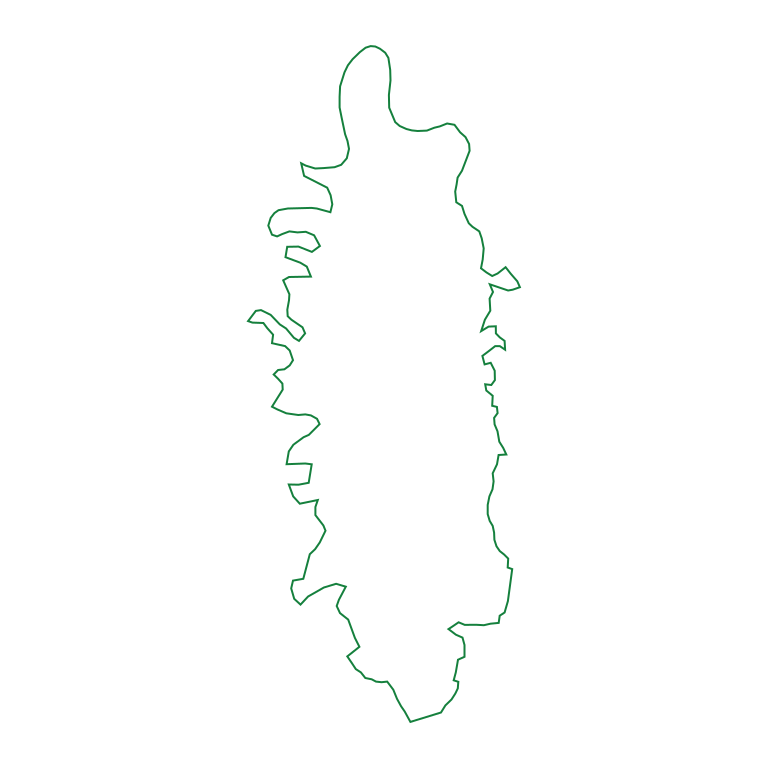 Realeza, Paraná, Brazil (Equal Earth projection)
{"feature_id": "56859067B32532391106562", "entity_name": "Realeza", "entity_type": "district", "adm_level": 2, "iso_a3": "BRA", "parent_name": "Brazil", "parent_adm1": "Paraná", "projection": "equal_earth", "projection_center": [-53.548, -25.669], "detail": "fine", "context": "isolated", "style": "outline", "palette": "green", "viewbox_px": 768, "rotation_deg": 0, "n_neighbors": 0, "source": "geoboundaries", "source_scale": "gbopen_adm2", "svg_char_len": 3220}
<svg xmlns="http://www.w3.org/2000/svg" viewBox="0 0 768 768"><path d="M458.3,681.8L453.7,680.3L455.8,672.4L458.0,659.7L464.5,656.8L464.5,645.0L462.5,637.6L455.9,634.7L448.5,629.1L452.9,626.2L458.6,622.3L464.8,624.9L471.2,624.8L476.6,624.8L483.9,625.2L490.5,623.7L498.7,622.9L499.7,615.7L504.6,612.5L507.9,601.1L512.2,569.1L507.7,567.5L508.2,558.6L504.1,554.5L499.8,551.1L496.5,546.3L494.4,539.8L494.1,532.6L492.7,525.9L489.7,520.9L487.7,514.1L487.7,504.9L489.4,496.4L492.5,489.3L493.6,481.4L492.7,473.3L497.0,464.3L498.6,455.0L506.3,454.5L503.2,447.9L499.3,441.7L497.5,431.3L494.6,424.4L494.1,417.9L497.6,413.1L496.9,406.9L492.2,405.8L492.7,395.8L486.3,390.5L485.2,384.3L491.3,385.0L494.9,380.1L494.7,370.7L490.7,362.8L484.6,364.4L482.4,355.9L489.3,350.7L495.2,346.1L499.8,346.1L505.1,349.7L504.6,340.9L499.8,337.4L495.9,333.4L495.8,326.3L488.6,326.6L481.2,331.1L484.9,319.7L490.3,310.7L489.6,298.6L493.0,292.0L489.8,284.3L501.0,288.1L508.1,290.5L512.7,289.7L519.9,287.2L517.3,281.3L510.7,273.7L505.6,267.2L497.6,273.5L492.2,276.0L486.4,272.4L481.0,268.3L482.7,259.5L483.7,248.4L481.7,238.3L479.3,231.4L472.5,226.8L468.8,223.3L464.5,213.9L462.0,205.9L456.3,202.3L455.2,191.6L456.6,184.4L457.6,177.6L462.0,170.7L469.6,150.8L469.1,144.0L465.5,137.1L460.1,132.3L454.5,124.8L447.1,123.5L439.8,126.4L434.4,127.7L426.9,130.6L417.7,131.0L411.8,130.4L406.4,129.0L399.7,126.0L395.2,122.1L389.2,107.7L388.9,95.0L390.5,80.4L390.2,69.9L388.4,57.9L385.2,52.7L379.9,48.7L375.3,46.5L370.6,46.1L365.6,47.7L359.9,52.1L352.6,59.2L347.9,65.3L344.5,72.3L340.1,86.3L339.6,96.7L339.6,107.5L341.6,117.5L345.1,134.2L347.5,141.0L349.0,148.9L346.8,158.3L341.2,164.8L334.6,167.2L323.3,168.1L315.2,168.5L305.7,165.6L301.2,163.3L304.1,175.9L327.2,187.7L330.6,195.2L332.3,204.3L330.4,212.2L316.8,208.5L311.4,207.9L287.8,208.5L278.5,210.2L274.4,213.1L270.7,217.9L268.3,225.6L272.0,234.7L277.1,236.4L282.1,234.1L289.4,231.4L297.5,232.4L305.8,231.8L314.1,235.3L319.9,246.0L311.9,251.9L298.5,246.6L287.2,246.8L285.5,257.2L300.3,262.7L306.8,266.6L310.9,276.6L289.0,277.0L283.2,280.3L289.4,294.3L289.0,300.3L287.3,309.7L287.7,316.2L291.4,319.7L302.5,327.3L305.1,333.4L299.0,340.9L293.9,337.8L286.1,328.5L279.8,324.4L270.7,314.9L261.0,310.1L255.8,310.9L248.1,321.1L252.4,322.6L263.4,323.0L267.3,328.2L273.1,334.7L272.0,343.2L285.1,346.1L289.7,350.5L293.0,360.2L289.7,365.4L284.4,369.3L278.1,370.0L273.7,374.5L278.1,378.8L282.4,383.6L282.7,389.6L272.0,406.7L277.3,409.4L286.3,413.3L298.3,415.0L305.3,414.4L310.9,415.4L317.0,418.8L319.6,424.1L308.8,434.9L303.6,437.2L293.4,444.7L288.8,451.4L286.6,464.2L305.3,463.5L311.7,464.3L308.7,482.8L298.5,484.7L288.8,484.5L293.2,496.4L299.8,503.7L317.8,500.0L315.4,507.0L315.4,515.1L323.4,525.5L325.5,530.7L319.8,542.4L315.1,549.2L309.8,554.2L303.3,578.8L293.0,580.6L291.2,588.4L294.2,598.8L300.5,604.6L308.1,596.5L323.9,587.5L336.1,583.8L345.8,586.7L338.9,599.8L336.7,606.0L340.0,613.1L348.2,619.6L354.9,637.9L359.4,646.8L347.3,656.4L352.4,663.9L355.8,669.1L360.9,672.4L365.3,678.0L371.7,679.3L376.0,681.6L381.6,682.2L387.2,681.6L393.3,689.7L397.0,698.8L401.1,706.3L404.7,711.5L410.4,721.9L441.0,712.5L445.4,705.4L451.5,699.5L455.3,693.6L457.8,688.4L458.3,681.8Z" fill="none" stroke="#15803d" stroke-width="2"/></svg>